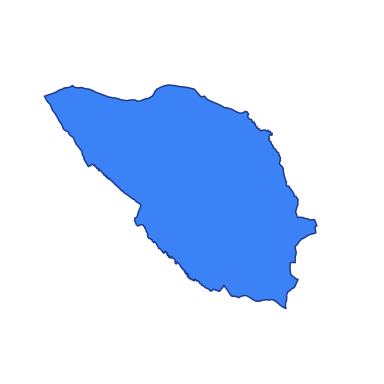 Mbozi, Mbeya, United Republic of Tanzania, rotated 340°
{"feature_id": "72390352B44769786141856", "entity_name": "Mbozi", "entity_type": "district", "adm_level": 2, "iso_a3": "TZA", "parent_name": "United Republic of Tanzania", "parent_adm1": "Mbeya", "projection": "equal_earth", "projection_center": [32.882, -8.972], "detail": "fine", "context": "isolated", "style": "filled", "palette": "blue", "viewbox_px": 384, "rotation_deg": 340, "n_neighbors": 0, "source": "geoboundaries", "source_scale": "gbopen_adm2", "svg_char_len": 6080}
<svg xmlns="http://www.w3.org/2000/svg" viewBox="0 0 384 384"><g transform="rotate(340 192 192)"><path d="M228.8,95.7L222.4,91.6L217.3,89.2L212.1,86.1L206.3,83.3L202.2,82.8L199.3,82.8L194.0,83.4L191.6,85.0L187.9,88.2L182.5,89.2L181.7,88.6L176.0,88.6L174.4,88.9L171.1,87.4L169.5,85.8L168.4,85.3L164.7,84.3L161.6,83.8L160.6,83.0L157.3,81.5L155.5,79.8L154.3,79.1L152.0,77.3L150.5,76.8L146.5,74.4L144.5,72.8L135.5,65.1L133.0,62.2L130.7,60.3L128.9,59.3L128.0,59.1L123.9,56.0L120.6,55.2L118.1,53.9L116.6,52.3L116.0,51.0L112.8,51.8L108.1,50.7L108.2,50.9L101.8,50.9L97.4,51.7L86.2,51.6L86.6,55.5L87.3,58.2L88.7,61.3L88.8,67.1L90.2,71.4L90.5,73.3L90.7,73.2L91.5,79.8L92.7,84.2L92.7,88.3L92.9,89.2L93.8,90.8L95.5,92.2L96.1,93.1L96.4,96.2L99.1,100.4L99.4,107.1L100.4,109.6L100.9,111.1L100.9,111.7L102.0,114.4L102.3,117.1L101.7,119.1L102.2,122.0L101.9,123.6L101.8,124.7L103.3,132.5L104.1,132.0L105.1,132.7L107.6,131.8L108.3,132.1L108.7,133.2L109.6,133.1L109.9,134.1L109.6,135.1L110.6,135.4L110.7,137.4L111.2,138.0L111.6,137.7L112.0,137.9L112.3,138.4L112.3,138.9L111.7,139.6L111.9,140.3L112.5,140.5L112.8,140.3L113.6,140.7L114.1,141.7L114.1,143.1L115.2,144.8L115.0,145.7L115.6,146.0L115.8,146.7L116.2,146.6L116.2,147.6L116.7,148.7L117.1,148.0L117.4,148.3L117.3,149.5L117.7,150.1L117.6,150.6L118.2,151.2L118.8,150.9L119.0,152.0L119.4,152.3L119.7,153.1L120.6,154.6L122.1,158.1L125.4,164.3L125.7,165.3L126.3,166.2L126.4,166.9L127.5,167.8L128.0,169.9L129.0,170.7L134.1,178.5L134.8,178.4L135.2,179.5L135.7,179.9L135.8,181.0L136.3,181.4L136.3,182.0L136.8,182.5L137.1,183.2L138.3,184.3L139.1,186.0L139.3,186.7L139.2,187.3L138.6,188.2L134.3,193.0L132.0,196.4L131.2,196.8L129.4,196.9L128.6,198.3L128.3,199.5L128.5,201.9L128.5,203.7L129.5,205.4L132.8,205.2L134.9,206.3L135.0,207.9L135.5,208.3L135.6,208.9L135.4,210.1L135.8,212.7L135.5,213.4L135.9,214.3L135.9,216.1L135.2,218.4L135.2,219.8L135.7,220.9L137.1,221.7L137.2,222.6L137.9,222.9L138.1,223.9L137.9,224.8L138.5,225.4L138.8,226.4L139.3,226.4L139.7,226.0L140.5,227.6L141.1,229.8L141.1,231.1L141.5,232.1L141.4,233.7L142.3,233.9L143.1,235.3L144.0,238.7L144.3,239.3L144.8,239.2L144.8,239.8L145.2,239.7L146.4,238.5L146.6,238.8L146.5,239.3L146.7,239.6L147.2,239.6L147.1,240.0L147.5,241.0L147.9,241.0L147.6,241.8L147.3,241.8L147.3,242.3L147.6,242.5L147.2,243.2L148.3,243.6L148.4,243.8L147.8,245.0L148.0,245.3L148.5,245.1L148.7,246.0L149.1,246.5L150.0,245.5L150.1,245.8L150.9,245.9L150.7,247.2L151.3,247.5L152.5,248.9L152.8,250.3L151.9,253.0L152.2,253.8L152.5,254.1L152.8,253.9L153.0,253.0L154.0,252.6L154.3,252.9L154.2,253.3L154.8,254.5L155.5,255.3L155.9,258.2L156.3,258.7L156.2,259.4L156.7,260.7L157.3,261.2L157.1,262.0L157.3,262.3L157.7,262.2L157.9,262.8L157.7,264.5L157.9,264.8L158.2,264.7L158.1,265.4L158.5,265.5L158.1,265.9L158.1,266.3L158.6,267.0L158.7,267.7L158.9,267.8L159.4,267.3L159.6,267.9L159.8,267.9L160.1,267.6L160.3,267.8L160.2,268.3L159.3,268.9L158.8,269.8L159.2,270.3L159.8,270.2L159.9,270.5L159.4,271.1L159.8,271.6L159.8,272.1L160.3,272.4L160.4,272.8L160.9,272.8L161.1,273.8L161.7,274.0L162.1,274.6L162.6,274.4L163.1,275.7L163.8,275.6L164.0,276.0L164.7,275.2L164.9,275.4L165.2,275.2L165.6,276.2L166.0,276.4L166.1,276.9L166.3,276.7L166.9,277.6L167.6,277.7L167.6,278.4L168.0,279.0L168.1,280.5L169.0,281.3L169.4,283.3L170.8,284.2L171.5,286.0L172.9,287.5L174.5,288.8L175.3,290.5L175.2,291.0L175.4,291.2L176.0,291.0L176.3,291.5L177.5,291.6L178.5,290.8L179.1,290.8L179.5,291.3L180.2,291.4L181.2,292.8L181.9,292.9L182.2,293.5L183.4,294.5L184.8,294.4L186.4,293.0L188.3,292.2L189.5,290.7L190.0,290.5L191.2,294.8L191.7,295.9L193.0,302.0L193.9,303.6L197.4,305.1L199.9,307.3L201.4,306.9L203.6,306.9L205.1,307.0L207.2,307.7L209.1,309.4L211.8,313.1L213.8,315.5L215.7,316.9L218.8,317.9L220.5,317.6L221.0,317.9L223.0,318.0L223.5,318.5L224.3,318.3L225.6,318.7L226.3,319.5L227.4,319.9L228.5,320.1L228.6,319.9L230.3,320.4L232.7,322.4L233.3,323.8L234.6,325.3L235.8,327.9L237.6,330.5L239.4,332.7L240.5,333.3L240.8,330.8L241.7,328.9L243.8,326.1L244.8,323.9L245.7,320.9L247.2,319.7L247.6,318.7L251.6,317.6L252.9,316.9L255.5,316.8L261.6,310.6L260.8,309.6L259.8,309.0L259.3,307.8L257.5,305.1L256.6,302.7L257.4,299.5L258.2,296.7L260.2,292.1L261.0,292.1L264.8,293.6L266.5,288.9L269.2,284.7L270.0,278.9L270.7,278.2L273.7,277.0L275.2,275.5L278.7,273.8L283.5,273.2L284.3,272.7L288.6,272.3L294.1,272.8L294.4,272.6L295.4,267.9L296.0,266.5L297.5,266.6L297.8,265.4L297.7,260.1L296.9,259.9L296.7,259.4L293.7,258.8L291.6,256.9L289.4,255.6L288.4,254.7L286.7,253.5L283.9,252.3L283.2,252.2L282.6,251.9L282.4,251.3L282.6,246.2L283.0,245.2L284.1,244.1L284.9,242.6L287.3,240.0L287.7,238.2L288.1,237.1L288.8,236.3L289.0,235.3L288.1,231.6L286.9,231.2L286.8,230.6L287.1,228.4L286.8,227.6L286.7,226.2L285.5,222.0L285.1,221.4L285.1,219.9L284.5,219.3L283.2,218.8L283.1,217.4L283.5,216.1L284.1,215.3L284.2,214.3L283.9,213.1L284.2,211.2L284.0,210.2L284.8,204.3L285.8,200.8L285.0,197.9L284.7,197.8L283.9,196.1L283.9,195.0L285.3,192.9L285.9,192.6L286.0,191.6L286.6,190.5L286.8,189.7L286.6,189.2L286.6,187.5L286.4,187.5L286.3,187.0L286.8,185.1L286.3,184.1L285.6,183.4L285.1,180.4L283.9,178.9L283.9,178.0L283.7,177.9L283.5,177.1L283.8,176.9L283.8,176.3L283.0,173.7L283.2,172.9L283.0,172.3L283.2,171.6L282.6,170.5L282.0,168.8L282.2,168.3L283.0,168.0L283.5,165.8L284.8,164.9L285.6,165.0L286.2,166.0L286.5,165.9L287.3,164.7L287.2,164.1L286.4,164.3L286.2,163.2L285.7,162.6L286.3,162.0L286.0,161.6L285.3,161.6L284.7,161.3L284.6,160.8L284.7,160.3L284.5,160.0L283.4,160.4L281.7,158.6L279.8,158.2L279.6,158.4L278.7,157.9L277.8,158.2L276.9,157.2L276.9,156.2L276.2,154.9L275.1,154.5L275.0,153.8L275.2,153.4L275.2,152.8L274.7,152.1L274.4,150.9L274.8,149.8L273.9,149.1L273.8,148.4L274.3,147.6L273.8,147.3L273.2,147.4L272.8,147.1L272.8,145.0L272.5,144.0L270.9,143.4L270.9,142.9L270.2,141.6L270.1,140.8L270.5,139.2L271.8,138.4L271.2,135.6L270.1,135.1L269.7,134.4L266.6,135.1L264.9,134.6L263.1,133.7L261.1,131.7L258.2,128.3L255.1,125.8L251.0,123.5L249.4,121.4L246.9,118.7L240.3,112.7L237.8,109.9L236.5,106.3L233.0,105.6L229.5,96.4L228.8,95.7Z" fill="#3b82f6" stroke="#1e3a8a" stroke-width="1.5"/></g></svg>